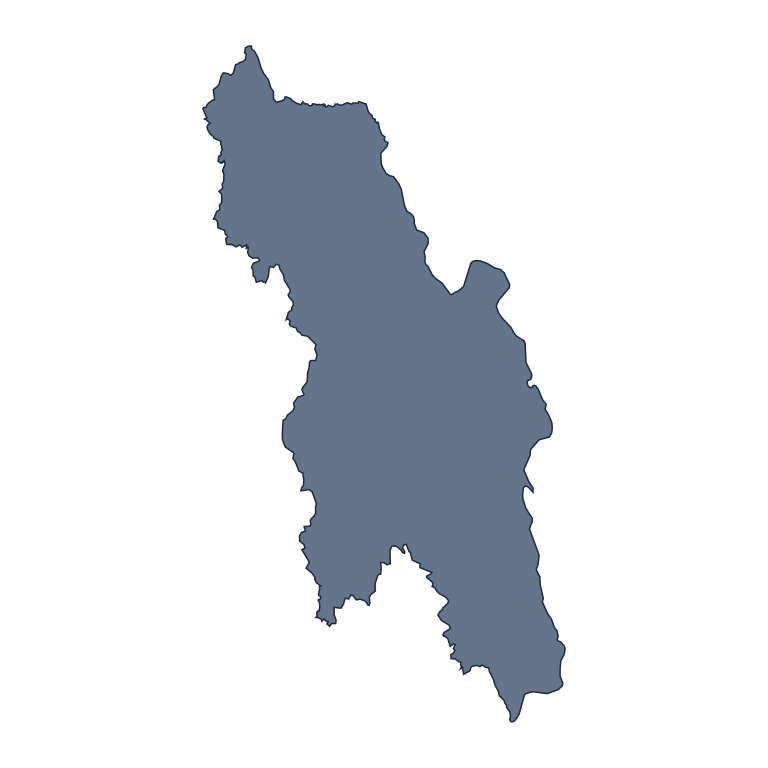 Hpapun, Kayin, Myanmar (orthographic projection)
{"feature_id": "60261553B97076149795033", "entity_name": "Hpapun", "entity_type": "district", "adm_level": 2, "iso_a3": "MMR", "parent_name": "Myanmar", "parent_adm1": "Kayin", "projection": "orthographic", "projection_center": [97.331, 18.069], "detail": "fine", "context": "isolated", "style": "filled", "palette": "slate", "viewbox_px": 768, "rotation_deg": 0, "n_neighbors": 0, "source": "geoboundaries", "source_scale": "gbopen_adm2", "svg_char_len": 6099}
<svg xmlns="http://www.w3.org/2000/svg" viewBox="0 0 768 768"><path d="M326.9,623.9L329.6,626.3L331.7,623.6L335.6,623.6L336.1,620.2L334.2,614.9L334.1,607.4L341.0,608.2L343.5,604.0L345.1,598.2L348.6,599.0L351.2,594.9L352.9,595.6L356.3,599.9L359.9,599.2L364.2,600.6L366.6,602.4L367.5,604.8L369.0,605.4L369.9,603.4L369.3,597.6L370.6,594.7L375.2,591.2L375.1,583.5L377.7,575.7L378.7,574.6L380.7,574.1L381.2,567.8L380.6,562.6L383.9,562.6L387.1,564.8L390.3,563.6L390.0,550.5L392.0,546.1L395.2,546.0L397.5,547.0L401.1,550.2L402.4,552.5L404.4,553.4L404.8,551.8L402.5,547.7L403.5,545.2L406.1,544.3L409.1,551.7L410.2,552.3L412.2,560.1L419.9,563.7L420.0,567.6L431.9,572.5L430.7,574.0L426.8,576.0L426.5,577.3L432.5,582.4L432.9,584.7L432.0,586.5L435.1,587.8L436.2,590.4L439.4,593.7L445.8,597.2L448.1,600.1L448.5,601.8L447.4,603.9L442.7,608.0L442.4,609.5L440.0,611.4L437.9,615.0L441.5,620.5L449.4,625.4L450.2,627.5L449.9,628.9L444.0,632.5L443.0,634.8L443.5,636.2L444.4,635.9L447.8,638.5L450.2,646.4L453.5,644.0L455.0,644.9L453.4,648.7L454.8,650.4L453.2,653.3L450.9,654.5L451.0,658.6L455.5,659.0L458.7,661.7L460.8,662.0L460.6,664.7L461.5,666.7L460.7,668.6L462.5,667.3L463.6,674.3L469.9,670.8L471.2,666.8L474.3,665.8L476.8,665.3L480.1,666.7L482.0,665.0L485.4,667.2L488.8,667.9L489.3,671.4L493.3,679.0L495.0,685.0L498.2,691.1L499.3,695.8L503.9,700.2L505.1,703.7L506.7,705.4L506.6,707.6L509.6,711.5L510.6,715.6L509.7,719.2L510.5,721.3L511.5,721.9L513.7,721.5L515.6,719.7L519.2,713.9L524.4,695.0L525.9,693.6L532.7,691.7L547.3,693.6L558.2,689.6L562.2,685.9L562.6,684.7L562.8,683.1L560.1,676.1L560.1,669.0L560.8,660.9L564.3,653.8L565.1,648.4L563.8,645.5L560.5,641.7L557.9,641.0L557.0,639.4L558.2,636.7L557.0,630.8L554.6,627.8L551.5,619.3L547.4,613.3L542.4,602.0L543.3,598.2L540.2,585.0L539.9,577.1L536.2,569.6L538.1,564.3L539.1,555.1L530.0,530.5L529.6,528.1L532.2,521.9L532.3,518.5L525.6,507.8L522.8,498.1L522.7,493.1L523.4,487.9L525.1,486.2L526.9,486.2L529.0,487.8L533.0,492.2L533.0,488.0L528.8,481.6L523.8,469.8L530.2,455.1L530.2,450.9L531.3,448.6L539.1,439.8L549.5,436.9L551.7,433.0L552.3,427.7L551.8,422.5L548.6,415.0L545.0,409.0L546.3,404.5L542.7,400.0L538.0,388.7L535.8,385.9L534.5,385.4L532.9,385.6L531.7,387.6L530.2,388.0L527.9,385.7L527.2,382.5L527.8,380.5L530.5,379.6L531.7,376.8L531.7,374.0L526.0,362.4L525.1,343.2L523.9,340.7L516.6,336.2L514.2,333.3L510.9,327.4L501.6,317.4L498.3,312.5L496.3,305.9L498.8,300.1L509.2,287.8L509.7,284.4L504.0,272.7L500.5,269.5L494.4,267.8L487.2,263.4L480.4,260.9L475.4,260.7L472.8,261.4L470.8,263.3L463.5,286.7L458.1,291.1L454.1,292.8L452.5,294.4L450.4,294.4L442.2,283.2L435.7,278.6L432.4,275.0L427.7,265.9L426.1,264.8L424.9,261.8L425.1,256.8L424.0,251.7L428.1,243.8L428.1,238.4L424.1,232.9L416.6,229.9L414.2,223.2L414.3,219.4L413.2,216.3L410.6,213.4L407.0,211.3L404.6,205.9L401.3,189.7L398.8,183.8L393.5,176.7L389.3,175.6L386.0,173.3L382.6,167.4L381.2,163.5L380.9,153.2L386.7,146.7L388.1,142.8L385.1,141.1L384.2,139.1L385.0,137.1L381.5,134.2L379.2,127.7L378.4,122.5L376.9,122.9L376.7,122.0L375.1,121.8L375.2,119.2L372.6,118.2L372.1,115.5L369.6,113.5L368.0,110.8L366.1,104.0L358.6,101.6L358.2,103.2L353.0,102.9L351.7,104.2L347.2,102.6L341.8,105.2L338.8,104.9L337.9,104.0L335.0,104.2L335.1,105.3L333.1,106.8L328.3,105.4L326.2,107.1L324.2,106.5L323.9,105.4L325.1,105.7L325.2,105.1L323.8,104.0L320.9,104.9L318.8,104.3L317.2,105.2L316.3,104.3L312.6,103.8L311.8,105.6L309.4,105.9L307.3,103.9L304.8,103.8L302.9,101.7L300.9,104.7L296.5,103.2L291.8,100.3L291.1,98.9L286.2,96.8L284.9,97.1L284.8,98.9L282.0,100.7L276.5,102.4L273.5,98.9L273.5,91.9L270.6,87.4L268.5,79.9L264.1,74.1L261.2,68.4L258.0,57.6L254.4,51.1L251.8,49.4L251.4,46.1L248.5,46.1L245.5,47.7L244.6,52.7L246.3,54.4L245.4,59.5L242.4,61.9L239.3,62.6L238.3,63.9L235.6,64.6L233.3,73.0L230.8,75.4L228.1,73.7L223.6,72.8L222.6,73.8L221.3,76.0L219.3,83.7L218.1,85.8L213.3,89.7L214.6,99.7L212.7,100.1L208.6,103.0L206.6,105.4L206.3,107.3L203.7,107.6L202.9,108.7L206.9,118.1L203.7,119.1L205.5,119.1L210.1,123.2L207.9,124.7L207.0,127.7L208.3,131.1L210.1,133.8L213.5,136.6L213.9,138.2L220.9,141.3L220.8,144.7L221.6,145.7L221.5,148.0L222.5,149.0L220.9,152.5L221.3,154.8L218.8,156.2L218.1,161.1L221.0,163.3L222.6,161.9L222.8,162.5L224.1,160.7L225.2,163.8L222.6,170.4L223.9,174.6L223.7,181.3L222.1,184.1L222.7,187.3L222.0,189.0L219.0,191.3L221.6,194.2L221.7,202.3L219.5,205.4L219.7,209.9L216.8,211.5L213.5,219.2L215.3,219.1L217.5,221.7L217.9,227.8L224.6,230.3L225.4,234.4L227.2,235.3L227.6,237.1L225.8,238.4L226.5,244.1L230.7,244.8L231.2,244.0L236.0,246.9L240.1,244.8L242.1,247.3L246.7,244.9L246.2,248.4L248.4,247.2L247.7,252.6L249.0,255.8L252.6,258.1L257.9,257.8L259.5,260.0L259.4,260.9L253.1,263.4L251.5,267.5L253.0,269.8L253.2,275.9L254.9,277.1L256.3,282.2L262.1,280.6L263.3,282.2L265.2,282.0L265.6,282.8L268.3,276.3L269.1,269.3L270.3,266.4L273.3,267.5L276.2,264.3L278.9,265.1L280.0,269.3L283.4,274.7L284.5,280.6L290.1,289.7L290.2,292.0L288.1,294.7L289.1,297.2L293.0,301.5L293.3,304.8L291.8,307.6L291.6,310.1L288.4,312.3L286.2,319.8L287.8,318.8L290.0,320.9L289.3,324.3L290.9,326.2L296.1,327.9L297.5,331.4L300.0,332.7L302.0,335.2L307.5,336.2L316.1,344.7L314.8,349.1L317.0,355.0L315.7,360.4L310.8,360.6L309.5,362.0L309.2,367.1L307.6,373.0L307.1,381.9L302.7,387.4L301.9,390.0L303.9,394.0L303.5,395.3L297.7,397.1L293.6,403.1L294.5,407.3L293.0,410.8L287.3,415.2L285.6,418.9L283.1,420.3L282.3,433.9L282.5,439.7L285.2,446.9L294.0,453.1L292.9,458.4L295.4,462.0L298.9,471.0L302.7,473.1L303.8,479.8L303.4,485.6L301.8,487.4L300.9,490.8L309.1,489.6L312.2,491.9L316.5,504.0L315.5,506.9L315.7,512.9L314.5,515.6L311.2,518.8L310.2,520.9L311.0,524.5L309.6,526.2L304.1,526.5L305.4,531.3L301.6,532.3L299.5,535.9L299.6,541.0L304.1,544.7L304.9,548.3L301.8,549.6L309.4,562.3L306.1,568.1L311.9,573.0L315.2,577.7L314.7,579.0L316.3,582.7L320.9,586.0L319.3,586.9L319.7,588.8L318.5,594.3L318.9,595.5L320.7,596.3L320.4,598.9L318.1,600.1L319.5,602.6L319.8,607.7L318.6,611.6L317.5,611.2L316.8,613.2L317.2,615.6L315.9,617.5L317.5,617.4L321.2,619.1L321.8,621.3L324.1,618.9L326.1,621.2L328.2,621.6L326.9,623.9Z" fill="#64748b" stroke="#1e293b" stroke-width="1.5"/></svg>